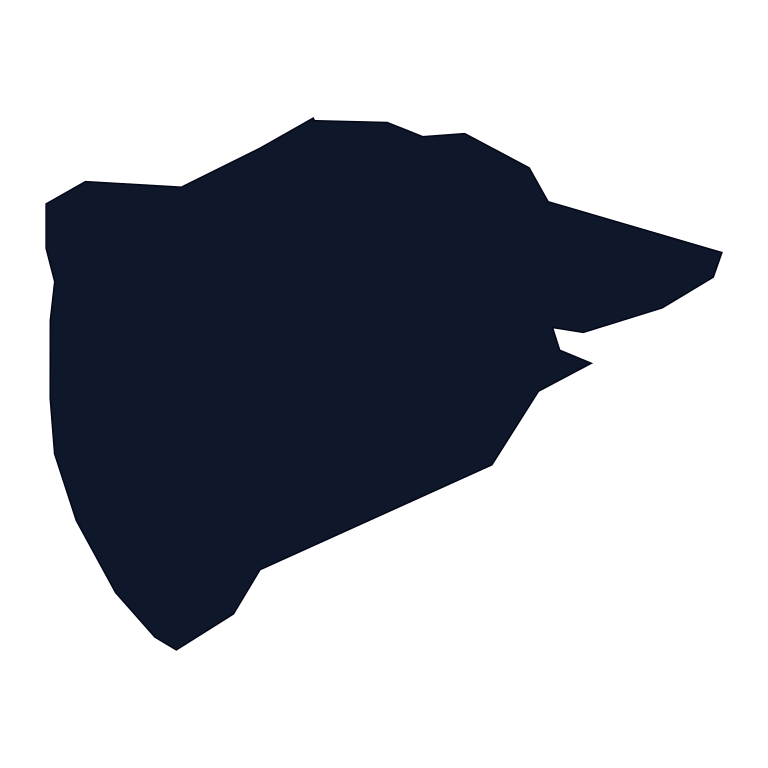 SVG path tracing the border of Rutland
{"feature_id": "GBR-2762", "entity_name": "Rutland", "entity_type": "Unitary Authority", "adm_level": 1, "iso_a3": "GBR", "parent_name": "United Kingdom", "parent_adm1": "", "projection": "robinson", "projection_center": [-0.637, 52.627], "detail": "fine", "context": "isolated", "style": "filled", "palette": "ink", "viewbox_px": 768, "rotation_deg": 0, "n_neighbors": 0, "source": "natural_earth", "source_scale": "10m", "svg_char_len": 520}
<svg xmlns="http://www.w3.org/2000/svg" viewBox="0 0 768 768"><path d="M313.2,118.1L314.5,120.7L387.2,122.5L422.8,136.7L464.7,133.6L529.2,167.9L548.1,201.7L721.9,252.6L713.3,277.1L662.3,307.8L583.3,332.4L552.5,327.5L559.7,350.2L591.3,363.3L590.6,363.6L538.5,391.2L491.9,464.8L260.0,569.7L233.5,613.9L176.3,649.9L154.9,637.1L115.6,592.6L76.3,520.5L54.6,453.8L50.2,398.3L50.3,320.5L54.7,281.6L46.1,248.3L46.1,203.9L85.4,181.6L181.3,187.2L259.8,148.3L313.2,118.1Z" fill="#0f172a" stroke="#020617" stroke-width="1.5"/></svg>